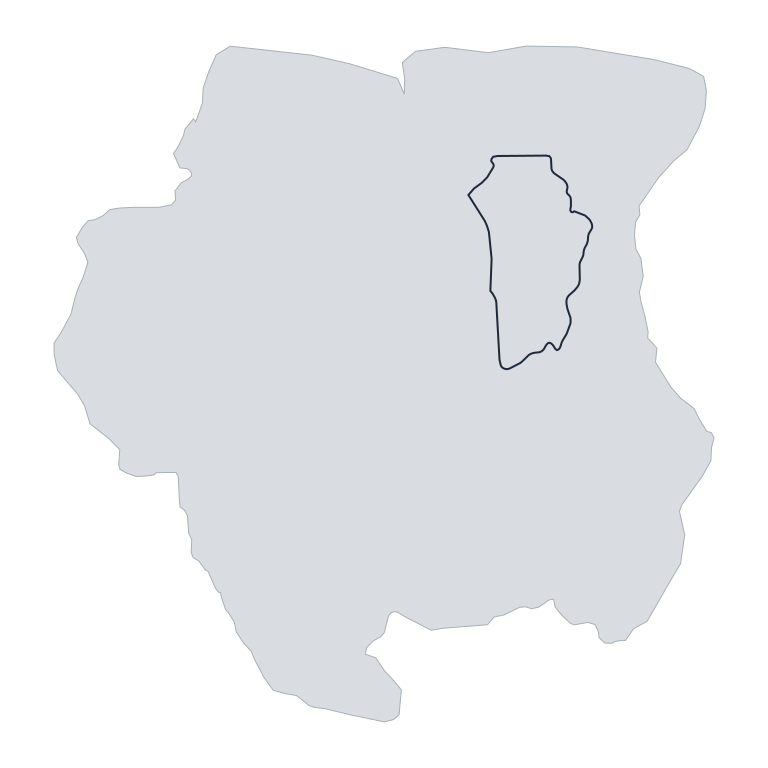 location of Brokopondo within Suriname
{"feature_id": "SUR-66", "entity_name": "Brokopondo", "entity_type": "District", "adm_level": 1, "iso_a3": "SUR", "parent_name": "Suriname", "parent_adm1": "", "projection": "mercator", "projection_center": [-55.026, 4.667], "detail": "fine", "context": "in_parent", "style": "outline", "palette": "slate", "viewbox_px": 768, "rotation_deg": 0, "n_neighbors": 0, "source": "natural_earth", "source_scale": "10m", "svg_char_len": 3848}
<svg xmlns="http://www.w3.org/2000/svg" viewBox="0 0 768 768"><path d="M687.1,149.6L673.4,161.2L658.6,177.6L639.0,206.0L639.9,214.9L635.6,222.1L634.5,234.8L635.9,249.0L640.9,258.4L643.2,276.1L639.4,292.1L640.9,301.4L644.9,316.1L648.1,331.7L647.7,338.1L652.5,343.2L656.9,348.2L655.5,362.2L670.9,387.1L680.4,398.0L694.1,408.6L699.1,418.9L706.9,431.4L711.5,432.8L714.0,437.8L711.5,447.5L710.9,460.8L702.2,476.3L681.9,504.7L679.4,511.3L684.7,534.8L681.9,554.1L680.7,563.4L670.7,580.3L647.1,621.3L633.6,628.7L625.4,640.5L620.1,640.6L614.2,641.7L612.4,643.2L604.9,643.1L599.2,637.8L598.3,631.6L595.1,624.5L587.9,622.4L574.1,624.9L570.2,623.1L562.0,615.5L555.2,607.2L553.5,599.2L549.1,599.9L538.6,607.2L531.5,608.7L525.9,606.8L519.6,607.3L503.6,615.1L494.2,616.9L487.5,624.7L443.0,628.2L431.4,630.3L404.9,616.7L398.1,612.3L394.6,611.7L391.6,612.4L388.7,615.4L384.3,632.5L380.3,637.1L373.4,640.8L366.6,647.6L365.3,654.2L375.7,657.8L384.4,670.6L393.8,680.8L401.4,689.9L400.4,700.1L399.1,714.6L393.6,719.5L384.4,721.9L350.8,714.9L325.0,708.7L314.1,707.3L309.2,705.7L302.8,700.4L296.3,695.5L285.8,693.7L273.3,690.4L264.1,677.6L254.5,659.5L251.2,651.2L243.7,643.3L236.4,632.0L234.2,622.0L228.6,612.9L225.7,609.8L221.4,597.3L220.6,592.7L218.5,592.1L215.4,588.1L209.5,574.7L208.2,571.4L205.6,570.2L198.7,560.9L193.2,557.6L191.2,552.8L191.7,539.7L188.7,533.2L187.8,521.0L187.6,516.0L184.8,510.6L180.1,507.0L179.3,498.2L178.2,476.2L176.0,472.4L156.2,472.7L154.2,474.8L145.6,476.1L136.0,476.4L127.4,473.4L120.2,469.6L118.7,464.8L119.8,449.6L108.3,438.1L90.0,423.8L84.5,405.7L77.9,394.4L57.6,370.7L54.1,354.5L54.0,343.1L61.1,332.5L71.0,314.1L75.1,297.3L78.1,288.5L83.2,277.1L87.9,262.2L84.3,253.1L78.3,244.1L76.3,237.4L82.2,227.6L88.1,220.7L94.7,219.7L103.1,215.6L109.8,209.6L119.9,208.0L132.6,207.4L158.3,207.4L171.5,204.9L175.6,200.1L175.0,190.9L181.5,182.6L188.4,179.0L191.2,176.3L191.6,173.2L189.8,170.4L187.1,168.6L179.9,167.9L173.5,153.5L177.9,147.2L183.4,135.6L185.0,129.0L193.6,118.7L195.7,121.9L202.4,103.2L203.2,87.9L208.3,72.9L216.1,55.0L230.2,46.2L312.0,55.2L349.4,63.7L397.5,78.4L404.3,94.1L404.6,78.4L402.3,62.5L415.6,51.3L444.8,47.3L488.4,52.7L526.0,46.1L577.0,46.9L654.6,59.7L689.3,68.5L703.6,76.4L706.4,90.6L705.0,108.9L699.4,126.3L687.1,149.6Z" fill="#d9dde1" stroke="#a8b0b8" stroke-width="1"/><path d="M545.8,155.6L549.2,156.1L550.3,157.3L551.0,158.8L551.5,168.7L552.0,170.5L553.0,172.1L554.4,173.5L563.0,179.4L564.6,180.8L565.8,182.5L566.8,184.1L567.3,185.8L567.5,187.6L566.7,191.0L566.8,192.5L567.6,194.0L568.9,195.1L570.1,196.6L570.7,198.2L570.9,199.8L570.9,206.3L570.4,208.9L570.3,210.2L570.7,211.4L571.8,212.2L572.9,212.2L574.2,211.3L585.1,215.5L589.5,219.5L591.4,222.9L591.9,224.2L592.2,226.0L592.1,227.7L591.4,229.4L589.3,232.8L588.5,234.5L588.1,236.4L587.9,240.4L587.4,242.4L586.7,244.3L584.8,247.8L584.1,249.6L583.7,251.3L583.3,255.1L582.7,256.8L580.2,261.8L579.7,263.5L579.5,265.3L579.8,279.7L579.2,283.5L578.4,285.3L577.3,287.1L574.3,290.6L568.8,295.5L567.5,297.3L566.7,299.3L566.4,301.2L566.5,303.2L566.7,305.1L567.4,308.7L570.3,317.3L570.6,319.0L570.6,322.5L570.3,323.9L566.7,333.7L562.4,340.9L561.6,342.8L560.5,346.4L559.8,348.0L558.6,349.4L557.0,350.1L555.5,349.1L552.7,344.8L550.8,343.2L549.6,342.8L548.2,343.0L547.0,344.1L545.9,345.5L544.0,348.9L542.6,350.5L541.1,351.6L539.5,352.2L534.2,352.8L532.3,353.3L530.5,354.0L528.7,355.1L521.8,361.8L520.1,363.1L509.6,368.5L507.9,369.0L506.2,369.1L504.5,368.7L502.9,368.0L501.5,366.7L500.7,365.1L499.5,359.7L496.3,302.3L495.8,300.0L494.8,297.5L492.7,293.8L490.8,291.4L490.6,291.3L490.5,291.2L490.4,290.1L491.6,258.7L488.9,232.0L487.0,225.9L484.8,220.9L468.4,195.0L473.9,188.6L481.8,182.8L487.2,177.3L493.0,167.8L493.6,166.3L493.7,165.2L493.4,164.2L492.8,163.2L491.9,162.2L491.2,160.8L491.5,159.1L493.1,156.8L497.4,156.0L545.8,155.6Z" fill="none" stroke="#1e293b" stroke-width="2"/></svg>